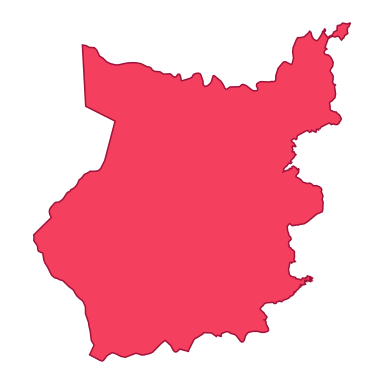 outline of Lumiere, Dennery, Saint Lucia
{"feature_id": "8701671B42420673442147", "entity_name": "Lumiere", "entity_type": "district", "adm_level": 2, "iso_a3": "LCA", "parent_name": "Saint Lucia", "parent_adm1": "Dennery", "projection": "natural_earth1", "projection_center": [-60.885, 13.94], "detail": "fine", "context": "isolated", "style": "filled", "palette": "rose", "viewbox_px": 384, "rotation_deg": 0, "n_neighbors": 0, "source": "geoboundaries", "source_scale": "gbopen_adm2", "svg_char_len": 5904}
<svg xmlns="http://www.w3.org/2000/svg" viewBox="0 0 384 384"><path d="M33.7,234.9L34.0,237.5L33.8,240.6L37.4,245.9L37.9,249.9L38.6,251.3L42.8,253.2L43.8,259.7L44.9,262.9L47.4,266.7L51.5,275.0L54.4,277.7L57.2,278.4L59.6,279.7L62.8,280.6L68.8,286.5L73.1,289.7L76.6,295.6L80.1,299.0L81.7,300.0L83.4,302.0L85.4,306.9L85.5,313.7L88.6,322.6L88.9,325.4L90.3,331.7L91.3,340.3L94.1,345.1L89.6,354.8L99.7,360.2L102.0,361.0L103.4,360.5L107.0,355.7L111.3,353.1L112.5,352.7L116.0,353.8L120.9,356.4L125.5,357.2L135.4,353.4L137.3,353.5L141.6,355.0L144.0,354.9L150.4,353.3L152.8,352.0L161.5,343.2L165.3,340.4L170.9,345.7L173.2,350.3L175.0,351.9L176.0,352.0L177.2,351.5L179.8,349.1L188.4,351.4L188.8,349.9L193.8,339.9L195.8,337.9L196.5,337.9L202.8,334.0L203.6,332.7L210.5,332.9L212.0,333.3L216.3,336.5L217.6,335.2L220.9,336.5L221.4,336.0L221.0,334.6L221.6,333.6L225.9,331.8L228.1,331.7L231.0,333.5L234.6,334.4L236.6,336.0L240.3,341.0L241.6,342.0L242.8,341.9L244.2,340.3L245.6,335.8L247.2,333.5L248.7,332.3L252.7,331.4L257.3,331.3L261.6,332.4L264.5,332.3L267.6,331.4L268.4,330.6L268.6,329.5L268.1,327.7L267.5,327.3L267.3,325.9L266.6,325.4L265.9,323.3L266.1,322.2L265.8,321.2L264.0,319.9L265.9,319.2L266.9,317.4L266.9,316.8L265.0,314.6L264.0,312.9L260.4,309.7L260.2,309.1L261.5,306.7L262.9,305.9L263.8,304.3L266.0,302.9L272.8,302.3L274.2,303.5L275.3,303.5L276.1,303.2L276.7,301.9L279.1,301.4L279.7,301.0L281.1,301.7L281.9,301.6L282.9,300.4L287.8,298.6L289.6,297.4L290.0,296.4L292.5,295.5L294.2,293.5L294.0,292.0L295.6,292.1L296.2,290.7L298.6,288.8L299.6,286.9L300.5,287.0L300.9,286.7L300.4,284.7L302.0,285.4L302.8,284.5L303.3,284.8L305.5,284.3L304.6,282.2L304.7,281.5L306.4,281.5L305.3,280.4L307.6,280.2L308.1,280.7L310.6,281.7L310.9,281.5L311.0,280.8L311.6,280.7L309.8,279.7L309.8,278.2L311.8,279.2L311.8,278.6L312.5,278.1L310.5,276.8L307.4,275.9L307.2,276.8L306.3,277.3L306.5,277.8L303.7,278.3L302.9,277.9L301.7,279.1L301.6,279.7L300.7,280.0L300.0,279.4L295.8,278.6L295.6,277.4L292.2,276.7L290.8,276.0L289.5,274.6L288.5,269.8L289.8,262.9L290.2,262.3L291.7,263.1L292.1,262.2L295.3,261.6L293.9,259.7L294.5,257.2L294.4,251.6L293.6,250.5L291.7,249.3L290.9,248.0L289.2,247.1L289.0,244.7L288.5,243.8L288.9,241.5L291.0,239.6L291.1,238.9L290.6,237.2L288.7,235.0L288.7,233.5L287.8,231.6L287.1,226.6L288.8,224.3L289.8,223.6L292.0,225.5L292.7,225.7L296.7,224.9L298.1,225.1L299.9,224.4L304.1,223.8L307.3,221.9L316.6,214.2L322.1,211.8L322.7,210.2L323.1,202.4L322.1,199.1L323.0,196.3L322.1,193.5L321.2,191.9L321.8,190.0L321.2,188.3L319.3,186.7L316.4,185.6L313.6,185.9L312.0,184.3L309.9,183.1L307.1,183.5L302.7,182.0L301.0,179.8L298.8,178.2L296.2,177.0L296.0,176.7L296.2,175.4L296.8,174.4L297.9,173.6L298.8,171.6L298.4,170.5L299.0,169.7L298.6,168.8L298.3,168.7L297.6,169.8L297.3,169.7L296.5,168.2L293.5,166.1L292.0,166.7L291.9,168.0L291.1,168.9L290.1,168.3L289.3,168.7L288.9,169.9L288.4,170.3L287.1,170.2L283.3,171.8L283.9,170.8L283.6,169.0L285.5,166.9L286.7,166.1L288.8,163.1L290.5,163.6L291.1,163.3L291.8,162.3L290.6,161.7L290.7,160.7L294.1,157.3L294.5,156.3L296.0,154.7L294.3,153.2L294.4,152.4L293.8,151.7L292.3,151.8L292.8,149.4L292.0,146.5L292.9,146.0L295.1,146.7L295.8,146.4L293.9,143.2L291.9,141.6L291.2,140.7L291.6,140.2L293.7,138.6L294.9,138.8L295.8,139.6L296.4,139.4L297.0,138.3L296.9,137.2L297.1,136.4L297.7,135.5L306.5,130.7L307.3,130.4L309.6,132.3L310.2,131.7L310.9,131.9L311.6,130.3L315.2,132.1L316.2,132.0L316.1,130.8L316.5,129.4L318.2,129.9L317.9,129.2L319.9,128.8L321.2,127.0L328.3,123.4L329.6,123.1L331.3,124.6L333.4,123.9L335.5,124.6L337.1,124.6L338.7,123.5L341.2,119.4L341.2,118.4L339.4,114.9L337.4,113.5L336.1,111.9L335.1,112.0L331.1,110.6L330.3,109.8L330.1,109.1L330.1,106.2L329.5,103.0L330.4,101.7L332.2,100.8L333.6,98.9L334.8,98.1L335.6,94.0L334.5,86.3L335.5,85.0L334.6,84.3L333.6,84.2L332.8,83.0L332.6,81.4L333.1,79.6L333.1,75.7L330.1,71.1L330.7,69.1L332.7,66.2L333.2,62.4L331.4,58.3L329.6,55.9L328.2,54.9L325.8,54.6L325.1,54.2L324.2,53.3L324.2,52.1L325.0,50.1L326.9,49.1L326.5,48.4L325.3,48.1L325.0,47.5L328.1,38.9L330.3,37.2L332.0,36.5L333.2,36.4L334.9,37.1L337.5,36.1L338.9,36.7L341.4,40.1L341.8,39.9L342.7,38.5L343.6,38.1L344.7,35.6L347.6,33.7L347.8,33.2L347.3,31.5L347.5,27.6L348.9,26.6L350.3,23.4L349.9,23.0L347.1,24.0L342.9,23.1L342.2,23.3L341.0,24.7L338.4,25.6L337.7,25.5L337.2,26.1L337.0,30.3L333.7,32.1L332.6,34.7L329.0,36.6L328.2,37.6L327.6,37.2L324.0,32.7L324.6,31.4L325.1,31.3L325.5,30.5L325.5,29.9L324.8,29.0L324.4,29.0L324.1,29.7L323.9,30.8L322.6,31.4L322.0,33.9L318.2,39.7L317.2,40.4L316.4,40.7L315.6,40.4L313.2,38.7L311.9,36.1L310.9,32.3L309.7,31.2L308.7,32.6L304.2,36.8L300.5,37.6L297.7,37.6L296.4,39.6L293.1,47.6L292.7,51.8L293.5,58.1L292.1,63.8L291.1,64.5L285.3,61.7L284.1,61.9L283.0,62.5L278.1,68.3L275.8,75.7L275.8,79.6L275.1,81.1L273.7,81.6L271.6,81.5L268.6,82.0L260.8,81.6L258.7,82.4L256.8,83.9L256.4,85.8L257.5,88.1L257.7,89.8L257.6,90.2L256.0,90.9L252.7,90.6L246.1,85.5L243.1,84.4L241.7,84.7L239.5,86.7L229.9,87.0L226.9,89.2L225.9,89.2L224.9,88.2L222.9,84.2L220.9,81.2L214.3,75.7L213.4,75.7L213.0,76.2L211.4,81.6L210.2,83.4L207.8,85.5L205.9,86.3L204.6,86.3L203.3,84.8L202.9,80.8L200.7,74.5L200.0,73.7L198.7,73.2L196.4,73.3L193.5,74.4L192.0,77.1L190.2,78.3L182.0,80.8L181.2,80.1L180.4,75.7L179.5,74.3L178.1,74.1L175.9,76.9L175.2,77.1L173.4,76.7L171.2,74.5L170.0,73.8L163.5,74.1L160.0,71.8L154.4,71.3L152.4,70.0L150.9,67.9L149.3,67.0L147.2,66.8L141.0,63.7L136.2,62.8L131.5,62.7L126.5,63.1L119.2,64.7L116.0,65.0L110.5,63.7L106.5,61.7L102.9,58.1L99.6,56.1L96.6,49.9L94.4,47.7L89.3,47.4L86.0,45.6L82.4,45.0L85.7,106.3L115.1,121.1L104.7,160.6L100.7,168.6L98.3,170.7L94.2,171.3L90.1,171.2L88.6,172.4L84.3,174.5L81.4,178.2L79.0,180.0L77.7,183.4L75.5,186.7L73.3,188.5L71.0,189.6L69.5,191.7L67.8,192.2L67.2,192.7L62.8,199.3L59.1,202.0L55.6,202.4L54.6,203.1L50.7,207.5L49.6,209.5L49.3,211.9L49.8,214.3L51.1,217.3L50.6,218.2L33.7,234.9Z" fill="#f43f5e" stroke="#9f1239" stroke-width="1.5"/></svg>